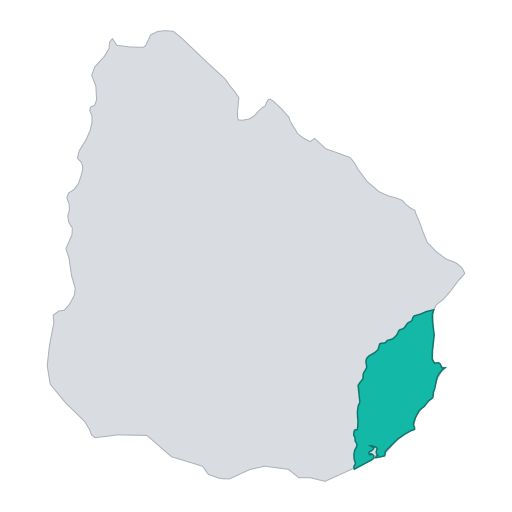 location of Rocha within Uruguay
{"feature_id": "URY-22", "entity_name": "Rocha", "entity_type": "Department", "adm_level": 1, "iso_a3": "URY", "parent_name": "Uruguay", "parent_adm1": "", "projection": "mercator", "projection_center": [-54.149, -33.966], "detail": "fine", "context": "in_parent", "style": "filled", "palette": "teal", "viewbox_px": 512, "rotation_deg": 0, "n_neighbors": 0, "source": "natural_earth", "source_scale": "10m", "svg_char_len": 3989}
<svg xmlns="http://www.w3.org/2000/svg" viewBox="0 0 512 512"><path d="M445.5,368.0L441.6,371.5L437.5,378.1L432.6,394.0L416.2,416.0L412.9,428.5L395.2,441.5L382.8,456.2L374.6,455.8L367.3,462.1L325.1,481.3L310.0,477.7L298.8,477.7L288.3,469.3L264.5,466.2L249.6,469.6L229.6,478.9L223.6,478.8L219.2,478.3L208.4,474.4L202.5,466.2L171.6,456.8L146.9,435.4L117.6,434.9L95.1,437.7L91.6,434.9L89.4,429.4L84.7,421.5L65.4,402.7L50.2,384.1L47.2,365.8L49.4,345.9L53.9,322.5L53.1,315.2L58.7,311.1L64.3,310.2L69.6,304.2L74.4,295.1L75.2,288.2L71.5,275.4L68.9,257.6L65.9,248.8L72.0,234.8L72.3,228.0L68.7,222.1L67.8,216.0L69.4,209.7L69.1,203.7L66.8,197.9L68.5,193.1L74.1,189.4L78.4,183.6L81.1,175.8L82.6,169.8L82.6,165.7L80.9,161.9L77.4,158.3L79.1,151.0L85.7,140.3L90.1,130.7L92.0,122.3L91.9,115.6L89.7,110.5L90.6,107.0L94.7,105.2L96.6,99.8L95.9,86.4L91.7,75.3L94.9,66.6L104.3,56.5L109.1,48.4L109.5,42.2L112.4,38.6L116.9,45.3L130.1,47.0L143.4,47.3L145.6,45.6L150.8,34.7L157.7,31.5L165.2,30.7L173.4,31.3L182.1,38.5L206.9,62.2L225.0,78.8L230.5,86.6L235.3,92.4L238.9,97.8L237.4,112.0L237.6,118.2L238.5,120.0L242.6,120.2L248.8,119.1L254.0,116.1L258.0,111.6L262.0,107.9L265.2,105.9L266.3,102.9L268.2,99.8L270.1,99.1L273.6,101.4L282.1,109.5L288.7,117.0L290.3,121.3L292.8,125.8L295.5,129.7L297.4,133.5L303.8,138.4L310.3,141.6L314.6,138.4L325.6,148.7L349.9,157.4L354.3,162.6L358.5,170.0L367.0,181.3L378.7,191.5L388.1,195.8L397.2,198.3L402.3,200.5L405.7,204.4L411.3,208.6L414.8,210.2L416.0,214.0L419.5,222.2L423.3,232.7L427.3,242.4L436.2,251.7L446.1,259.0L456.5,263.1L462.3,268.2L464.8,273.5L457.8,281.4L450.3,291.3L443.6,299.1L436.7,304.5L434.4,308.3L432.9,314.1L432.9,345.1L432.4,356.7L432.9,359.8L433.8,361.8L438.2,364.9L443.4,367.5L445.5,368.0Z" fill="#d9dde1" stroke="#a8b0b8" stroke-width="1"/><path d="M433.7,309.8L432.4,314.1L432.5,321.1L434.2,335.2L432.4,350.7L432.2,359.2L434.4,363.1L436.0,363.1L437.4,362.8L438.7,362.8L440.0,363.7L440.8,365.2L441.3,366.9L442.3,368.0L444.8,367.8L443.5,368.8L442.0,370.1L439.2,373.6L437.4,376.7L436.5,380.0L434.9,387.8L433.4,392.6L433.0,396.9L432.2,398.3L429.5,400.2L428.2,401.4L424.3,406.4L420.1,409.6L418.7,411.2L415.9,416.8L415.2,417.8L415.0,418.8L413.3,424.3L414.6,427.7L414.5,429.5L411.3,430.5L404.0,434.6L398.2,438.7L386.2,450.4L385.3,451.7L385.0,453.4L385.0,454.8L384.6,455.9L377.4,457.5L375.6,457.7L375.9,456.8L376.4,456.2L377.8,455.0L377.2,454.5L376.7,453.9L376.4,453.2L376.2,452.4L376.3,451.2L377.1,448.9L377.3,448.5L376.1,447.3L374.0,446.4L371.8,445.8L370.2,445.8L371.1,446.4L374.0,447.7L373.4,448.9L372.1,450.3L370.6,451.3L369.4,451.7L369.0,452.4L368.9,453.7L369.5,454.7L370.8,454.5L370.7,453.7L371.9,454.0L373.3,455.2L374.0,457.3L373.4,458.5L372.0,459.7L354.3,469.2L353.9,468.1L353.9,467.6L353.9,466.9L354.2,465.9L354.5,465.3L355.1,464.5L355.3,464.1L355.4,463.7L355.4,463.2L354.3,459.6L354.1,458.5L353.9,454.7L354.2,452.6L354.8,450.1L355.1,449.4L356.3,447.3L356.7,446.3L356.8,445.8L356.9,445.1L356.8,444.3L356.5,443.2L356.2,442.6L355.5,441.7L355.3,441.3L355.1,440.6L355.0,438.1L354.8,437.2L354.5,436.6L354.0,435.9L353.8,435.2L353.7,434.3L353.9,432.4L354.1,431.3L354.6,430.1L355.2,429.8L355.7,429.8L356.2,430.0L356.6,430.1L356.9,430.0L357.1,429.8L357.3,429.5L357.7,426.8L358.0,421.1L357.8,418.9L357.6,417.3L357.4,411.5L358.2,406.2L358.3,405.7L358.5,405.2L359.4,403.4L359.6,402.9L359.8,401.8L359.8,401.4L358.1,385.4L360.1,382.3L362.4,379.5L362.8,378.9L363.0,377.8L363.1,375.0L363.4,373.5L363.7,372.7L364.0,372.1L364.5,371.5L366.2,368.6L366.6,367.6L366.7,366.8L365.9,361.4L366.3,359.4L367.0,358.0L368.7,356.1L375.0,352.4L378.0,349.7L379.7,343.9L381.0,343.3L382.9,343.2L384.8,342.9L385.3,342.6L385.8,342.3L386.2,341.8L386.5,341.3L387.4,340.4L391.6,339.3L393.5,338.2L395.3,336.6L396.9,334.8L398.9,330.6L399.7,329.8L402.4,329.0L404.3,327.8L406.7,324.3L408.1,322.8L409.2,322.1L411.1,321.3L411.9,320.4L412.3,319.4L412.6,318.4L413.0,317.3L413.8,316.3L414.2,315.9L420.5,314.1L426.2,311.6L433.7,309.8L433.7,309.8Z" fill="#14b8a6" stroke="#0f766e" stroke-width="1.5"/></svg>